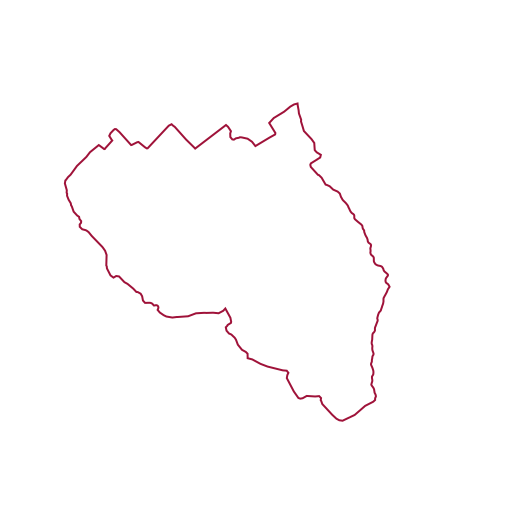 outline of Masagua, Escuintla, Guatemala, rotated 142°
{"feature_id": "79465075B43224707646328", "entity_name": "Masagua", "entity_type": "district", "adm_level": 2, "iso_a3": "GTM", "parent_name": "Guatemala", "parent_adm1": "Escuintla", "projection": "robinson", "projection_center": [-90.832, 14.098], "detail": "fine", "context": "isolated", "style": "outline", "palette": "rose", "viewbox_px": 512, "rotation_deg": 142, "n_neighbors": 0, "source": "geoboundaries", "source_scale": "gbopen_adm2", "svg_char_len": 5385}
<svg xmlns="http://www.w3.org/2000/svg" viewBox="0 0 512 512"><g transform="rotate(142 256 256)"><path d="M169.7,149.5L169.4,151.2L169.3,151.9L169.3,152.5L169.6,153.6L169.9,154.4L169.8,155.7L169.2,156.8L168.4,157.6L167.9,158.1L166.9,158.6L165.7,158.9L164.8,159.2L164.2,159.3L163.6,159.9L163.5,160.8L163.7,161.9L164.0,163.4L164.2,164.2L164.3,165.0L164.2,165.9L164.0,166.7L163.6,167.5L163.4,169.1L163.4,170.1L163.9,171.2L164.5,172.0L165.4,173.0L166.0,173.8L166.5,174.9L166.8,175.7L166.9,176.5L166.8,177.3L166.7,178.2L166.5,179.0L166.1,179.7L165.6,180.3L165.0,181.1L164.4,181.9L164.1,182.5L164.0,183.6L164.2,184.4L164.4,185.5L164.5,186.3L164.3,187.2L164.0,187.9L163.6,188.5L162.9,189.1L162.2,190.0L161.6,191.0L161.3,191.5L160.6,192.1L159.8,192.6L159.3,193.1L158.6,193.8L158.4,194.9L158.7,195.8L159.1,197.2L159.0,198.2L158.8,198.9L158.1,200.0L157.6,201.3L157.4,202.0L157.2,203.4L157.0,204.7L156.8,205.5L156.4,206.8L156.1,207.7L155.9,208.3L155.5,208.9L155.1,209.5L155.0,210.5L155.0,211.7L154.5,212.8L154.1,213.5L153.7,214.2L153.6,215.0L153.7,216.2L154.6,220.0L155.2,223.0L155.4,224.2L155.3,225.1L154.9,225.8L154.4,226.4L154.0,226.9L153.6,227.5L153.4,228.2L153.5,229.2L153.9,230.3L154.1,231.2L154.1,232.1L154.1,233.0L153.9,233.8L153.7,234.9L153.4,235.9L153.2,237.3L152.8,238.4L152.6,239.6L152.6,240.9L152.6,242.0L152.7,243.2L152.9,244.7L153.1,246.1L153.1,247.5L152.9,248.4L152.8,249.1L152.7,250.1L152.3,251.3L151.5,253.6L152.0,256.5L154.3,260.8L155.0,265.6L156.4,268.3L157.2,269.4L156.1,277.3L156.6,281.0L157.2,281.8L158.0,292.4L157.1,294.4L155.8,295.2L144.8,294.1L142.6,295.8L144.3,300.2L144.5,302.3L144.5,303.3L143.1,305.4L140.5,309.2L140.3,314.0L141.3,325.0L139.6,329.3L137.7,334.3L136.5,335.6L134.4,341.9L132.7,344.6L130.4,349.0L129.4,350.6L132.7,352.0L137.0,352.6L145.0,352.4L157.0,353.8L163.7,352.7L165.0,341.0L166.1,340.0L172.5,341.0L188.8,343.0L188.8,348.5L190.4,353.6L194.2,358.2L195.6,359.5L196.7,359.7L199.4,361.1L201.8,361.3L202.9,362.5L203.0,365.5L200.9,368.4L198.9,369.8L198.5,375.0L199.0,377.7L237.8,378.1L237.9,379.4L238.1,381.0L239.4,390.8L240.5,407.7L241.2,410.2L241.3,411.1L241.4,411.8L244.5,412.4L275.1,407.6L275.8,408.0L276.5,409.9L278.2,417.3L278.4,418.2L279.6,418.8L285.5,420.0L286.1,420.3L287.3,437.6L288.1,442.0L289.0,442.9L290.5,443.0L295.1,442.3L297.7,441.0L298.2,436.4L298.2,435.5L308.4,433.7L309.1,433.4L309.8,433.7L311.3,439.3L311.6,440.2L322.9,440.0L328.7,438.5L341.6,437.2L352.1,434.2L355.5,433.9L359.1,432.9L359.7,432.9L361.9,430.9L363.8,426.3L364.6,424.3L366.3,422.4L366.4,421.5L367.8,419.8L369.0,415.7L369.5,411.6L370.5,409.8L370.6,408.5L372.4,403.2L372.0,398.0L371.3,395.8L372.3,393.9L372.3,391.1L373.4,389.9L375.5,389.4L376.1,388.6L376.9,387.5L376.5,384.1L374.3,381.2L373.8,380.1L373.2,377.9L373.1,372.9L371.5,357.9L371.5,356.5L371.7,353.0L373.1,348.8L379.8,340.7L380.0,339.7L381.1,338.0L382.6,330.3L381.6,326.7L378.5,326.3L376.5,324.2L375.8,316.4L374.4,313.1L372.8,305.8L372.4,301.3L371.4,300.4L370.1,297.3L370.5,294.4L372.5,290.5L372.3,287.4L368.5,284.5L368.0,284.0L367.6,283.4L367.3,282.8L367.1,282.2L367.0,280.7L366.9,279.8L365.9,279.2L365.0,278.8L364.2,277.7L364.1,276.9L364.4,275.8L364.9,275.2L365.8,274.6L366.7,274.1L366.6,270.7L365.2,266.2L363.9,263.5L359.8,259.0L355.8,256.6L355.2,256.1L346.6,250.3L338.6,247.8L331.9,243.2L329.9,241.5L324.7,237.7L320.7,233.9L315.5,233.0L312.5,233.5L314.2,223.1L316.1,219.4L317.0,218.7L320.8,219.1L321.6,218.7L322.3,218.6L322.9,218.5L323.7,218.4L325.2,215.3L325.0,211.5L324.0,209.8L323.7,208.9L323.5,207.3L323.1,204.8L323.3,202.4L324.9,197.3L324.8,190.7L323.1,186.7L322.8,184.2L325.5,180.6L322.6,176.8L318.9,168.3L315.0,161.8L305.3,149.4L302.4,146.7L302.4,144.0L304.6,142.9L306.9,140.8L309.6,125.9L310.0,118.0L308.9,116.3L306.8,115.2L302.2,114.5L295.9,108.9L292.5,106.7L292.2,104.0L293.8,102.5L293.9,101.5L294.9,98.5L293.7,84.0L292.8,78.3L291.5,75.3L289.2,72.9L276.1,70.0L262.2,70.7L253.4,69.0L250.8,69.2L250.2,70.0L249.5,70.7L248.7,71.1L247.9,71.6L247.3,72.7L247.0,73.7L246.8,74.9L246.6,75.5L246.1,76.3L245.6,77.3L245.1,78.1L244.9,78.7L244.7,79.6L244.6,80.4L244.6,81.0L244.6,82.0L244.5,83.1L244.2,83.8L243.5,84.3L243.0,84.7L242.2,85.2L241.3,85.9L240.7,86.7L240.3,87.4L239.8,88.3L239.4,88.9L238.8,89.6L238.0,89.9L236.9,90.3L236.4,90.6L235.8,91.2L235.1,92.0L234.4,93.0L234.1,93.6L233.7,94.6L233.2,96.0L232.9,97.0L232.6,98.2L232.4,99.0L232.2,99.6L231.6,100.3L231.0,100.7L230.1,101.2L229.4,101.8L228.9,102.5L228.4,103.0L227.9,103.4L227.1,104.1L226.6,104.7L226.0,105.2L225.2,105.6L224.3,105.9L223.6,106.5L223.3,107.1L223.0,107.9L222.7,108.8L222.4,109.7L222.1,110.4L221.7,111.0L221.3,111.6L220.6,112.4L220.0,113.0L219.6,113.6L219.3,114.1L219.0,115.2L218.6,116.0L218.2,116.5L217.5,117.2L216.8,117.8L215.8,118.7L214.8,119.9L214.1,120.7L213.5,121.4L212.8,122.2L212.2,122.7L211.4,123.1L210.8,123.2L210.2,123.2L209.3,123.5L208.4,123.9L207.9,124.3L207.5,124.9L206.9,125.7L206.4,126.2L206.0,126.5L204.9,127.1L203.6,127.9L202.3,128.7L201.3,129.3L200.4,129.8L199.9,130.2L199.3,131.0L199.0,132.0L198.3,132.7L197.8,133.1L195.8,134.6L193.9,135.7L192.9,135.9L192.0,136.0L191.1,136.3L190.1,137.0L189.2,137.6L188.5,138.0L187.6,138.7L185.8,139.8L185.1,140.3L184.6,140.7L184.1,141.2L183.6,141.6L183.0,142.4L182.4,143.1L182.1,143.6L181.3,144.3L180.7,144.6L180.0,144.9L179.1,145.3L178.1,145.7L175.4,146.9L174.3,147.5L173.2,148.2L172.2,148.7L171.3,149.0L170.5,149.2L169.7,149.5Z" fill="none" stroke="#9f1239" stroke-width="2"/></g></svg>